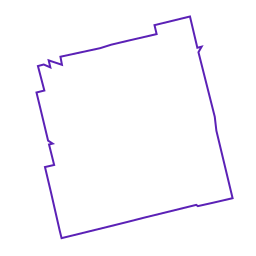 the district of Bartow, Georgia, United States of America, rotated 346°
{"feature_id": "52423323B11929731869619", "entity_name": "Bartow", "entity_type": "district", "adm_level": 2, "iso_a3": "USA", "parent_name": "United States of America", "parent_adm1": "Georgia", "projection": "natural_earth1", "projection_center": [-84.879, 34.246], "detail": "fine", "context": "isolated", "style": "outline", "palette": "violet", "viewbox_px": 256, "rotation_deg": 346, "n_neighbors": 0, "source": "geoboundaries", "source_scale": "gbopen_adm2", "svg_char_len": 561}
<svg xmlns="http://www.w3.org/2000/svg" viewBox="0 0 256 256"><g transform="rotate(346 128 128)"><path d="M36.9,211.2L36.9,218.8L93.2,219.0L104.9,219.0L122.0,218.9L175.6,219.1L176.9,220.7L193.0,221.1L212.5,221.4L213.1,151.9L214.9,138.1L214.7,71.5L219.1,66.9L214.7,66.9L215.1,34.8L178.6,34.6L178.5,43.8L149.2,43.3L131.9,43.1L120.3,43.8L79.7,42.5L79.2,50.7L67.4,43.2L67.3,50.4L61.6,46.0L55.6,46.1L55.9,71.4L47.8,71.4L47.7,88.2L47.4,120.9L51.1,124.9L47.4,124.9L47.4,146.0L38.0,145.8L37.7,171.6L36.9,211.2Z" fill="none" stroke="#5b21b6" stroke-width="2"/></g></svg>